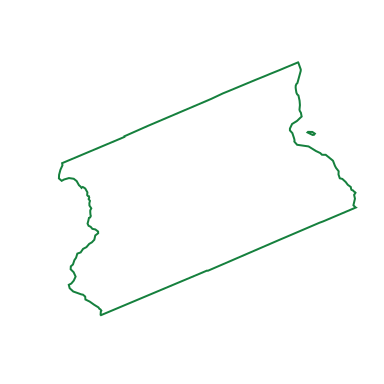 the district of Snohomish, Washington, United States of America, rotated 157°
{"feature_id": "52423323B25311373219770", "entity_name": "Snohomish", "entity_type": "district", "adm_level": 2, "iso_a3": "USA", "parent_name": "United States of America", "parent_adm1": "Washington", "projection": "mercator", "projection_center": [-121.691, 48.037], "detail": "fine", "context": "isolated", "style": "outline", "palette": "green", "viewbox_px": 384, "rotation_deg": 157, "n_neighbors": 0, "source": "geoboundaries", "source_scale": "gbopen_adm2", "svg_char_len": 2026}
<svg xmlns="http://www.w3.org/2000/svg" viewBox="0 0 384 384"><g transform="rotate(157 192 192)"><path d="M300.3,269.3L300.8,267.2L304.4,263.9L307.6,259.8L309.2,256.5L307.6,253.2L304.9,253.5L299.8,252.9L295.7,250.4L293.9,247.1L293.4,242.4L292.5,240.6L292.1,239.0L291.7,239.2L290.6,239.3L289.8,238.3L288.9,236.9L288.7,234.9L288.4,232.6L289.4,230.7L289.7,229.9L289.3,228.8L288.6,228.4L288.8,226.9L289.9,225.9L289.4,223.7L290.8,221.9L291.7,219.6L291.1,216.3L292.8,214.9L293.5,213.3L294.3,210.9L294.5,209.5L295.7,208.4L297.0,208.4L298.4,206.4L300.5,203.7L300.4,201.3L298.9,199.6L298.1,197.0L295.6,195.3L293.9,192.3L294.5,190.7L298.0,189.8L300.6,186.2L303.8,184.8L306.9,184.4L310.7,182.5L314.5,182.2L318.1,179.9L321.6,180.1L324.4,176.8L326.9,175.2L329.9,171.8L332.6,170.9L333.9,168.3L332.3,164.4L332.2,159.6L335.5,156.6L338.9,154.9L341.7,154.7L342.2,151.2L340.2,146.8L336.7,143.6L333.9,141.0L332.5,140.1L331.2,137.5L332.1,134.7L329.0,131.1L326.1,126.4L323.2,122.3L322.9,120.7L322.2,119.8L321.8,118.2L322.7,117.5L324.1,114.7L323.9,114.2L208.9,113.8L208.2,113.3L130.0,113.8L124.1,113.8L86.7,113.9L82.9,113.7L47.3,113.7L47.6,114.2L48.6,116.7L44.6,122.2L43.9,126.0L41.8,127.4L42.3,128.7L42.8,129.2L43.1,130.4L44.2,131.5L44.4,131.9L44.2,133.2L43.9,134.6L45.8,137.8L46.6,141.1L48.5,145.3L50.6,146.9L50.3,150.9L48.9,153.8L50.0,157.9L50.2,160.4L50.0,165.5L50.2,166.1L50.3,166.3L54.4,174.0L57.8,175.5L58.7,177.7L61.9,181.3L66.9,188.4L76.8,194.4L78.1,198.4L77.4,199.6L77.1,201.2L76.6,207.0L77.8,210.4L77.1,212.1L73.3,215.5L67.5,216.4L63.9,217.8L61.6,218.6L60.8,222.3L61.1,224.6L60.9,225.8L58.7,229.8L57.3,234.0L56.3,239.3L57.0,240.7L57.1,242.5L56.4,245.5L55.8,247.6L55.0,249.3L53.7,250.6L52.4,251.1L44.6,261.0L44.0,262.3L43.6,269.3L43.7,269.9L57.5,270.0L59.5,270.0L63.5,270.0L68.9,270.1L74.4,270.2L77.6,270.2L89.8,270.4L118.6,270.6L125.0,270.7L137.8,270.2L206.8,270.1L232.5,269.7L232.7,269.1L300.3,269.3ZM57.4,197.0L56.1,197.7L57.8,200.3L61.7,202.0L62.4,201.7L58.7,197.4L57.4,197.0Z" fill="none" stroke="#15803d" stroke-width="2"/></g></svg>